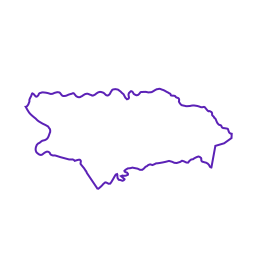 outline of Caffiere, Choiseul, Saint Lucia, rotated 68°
{"feature_id": "8701671B84690280241827", "entity_name": "Caffiere", "entity_type": "district", "adm_level": 2, "iso_a3": "LCA", "parent_name": "Saint Lucia", "parent_adm1": "Choiseul", "projection": "orthographic", "projection_center": [-61.037, 13.785], "detail": "fine", "context": "isolated", "style": "outline", "palette": "violet", "viewbox_px": 256, "rotation_deg": 68, "n_neighbors": 0, "source": "geoboundaries", "source_scale": "gbopen_adm2", "svg_char_len": 5713}
<svg xmlns="http://www.w3.org/2000/svg" viewBox="0 0 256 256"><g transform="rotate(68 128 128)"><path d="M195.9,65.5L177.3,53.7L178.2,44.6L176.1,35.8L172.2,34.0L171.8,34.6L171.7,34.9L171.0,35.4L170.5,35.7L170.1,35.8L169.6,35.9L168.7,35.9L167.5,35.8L167.0,35.8L166.6,35.8L166.2,35.8L165.9,36.1L165.1,37.3L164.8,37.8L164.2,38.8L163.7,39.8L162.7,40.6L162.0,40.7L161.3,40.7L161.0,40.7L160.5,40.8L160.3,41.0L159.9,41.3L159.7,41.7L159.2,42.3L158.6,42.7L156.7,43.3L155.1,43.4L153.5,43.4L152.8,43.4L152.1,43.5L151.4,43.8L150.6,44.3L149.7,44.2L149.5,44.3L148.6,44.8L147.7,45.1L147.4,45.1L146.3,44.7L145.7,44.5L145.0,44.5L144.4,44.7L144.2,44.9L143.0,45.9L142.7,46.4L142.7,46.7L142.7,47.0L142.2,47.4L141.8,47.6L141.1,47.9L139.8,48.3L138.2,48.8L137.7,48.9L137.5,49.1L137.0,49.5L136.8,49.9L136.7,50.4L136.6,51.3L136.4,51.8L136.2,52.2L136.0,52.6L134.8,53.9L133.6,55.4L133.1,56.2L131.8,58.4L131.6,58.9L131.2,60.1L131.0,61.0L130.8,62.3L129.9,65.1L129.4,66.2L128.6,67.2L128.2,67.9L127.8,68.4L127.1,69.5L126.9,69.6L126.4,70.0L126.2,70.1L125.7,70.3L124.4,70.7L122.9,70.9L122.6,70.9L121.6,70.3L121.0,70.0L120.3,69.9L119.8,69.9L119.5,70.0L119.3,70.1L119.0,70.3L118.2,71.2L117.8,71.7L117.1,72.1L116.5,72.2L116.2,72.3L115.9,72.5L115.7,72.7L115.5,73.0L115.0,73.8L114.7,74.6L114.5,75.0L114.1,75.6L114.0,75.8L113.8,75.9L113.7,76.0L112.7,75.9L112.4,76.0L112.2,76.0L111.8,76.2L111.0,77.0L110.2,77.5L109.1,78.5L108.6,78.9L106.9,80.2L105.8,81.3L105.0,82.3L104.0,83.3L103.5,84.0L103.3,84.6L103.2,85.2L103.1,85.8L102.9,86.6L102.8,87.0L102.9,87.6L103.1,89.5L103.2,89.9L103.4,90.6L103.4,91.3L103.6,92.5L103.5,92.9L103.4,93.5L103.2,93.9L102.7,95.7L101.4,97.6L101.0,98.3L100.9,98.8L100.7,99.2L100.5,99.6L100.0,101.2L99.6,102.2L99.5,102.8L99.6,103.2L100.4,104.5L100.9,105.6L101.0,106.1L101.1,106.5L101.0,107.1L100.9,107.4L100.9,107.7L100.3,108.5L99.7,109.0L99.2,109.4L98.8,109.7L98.5,109.9L97.9,110.0L96.8,110.1L96.3,110.3L95.5,110.7L95.3,110.9L95.0,111.4L95.0,111.8L95.5,112.9L95.9,113.9L96.4,114.4L97.0,114.9L97.4,115.1L98.3,115.3L100.2,115.7L100.9,116.3L101.1,117.4L100.9,118.3L100.1,118.5L99.4,118.9L98.9,119.1L97.0,119.3L95.8,119.4L95.0,119.5L93.6,120.3L92.5,120.8L91.2,121.3L90.4,121.9L89.1,122.6L88.8,122.8L88.6,123.1L88.4,123.3L87.3,125.0L87.2,125.3L86.9,126.4L86.7,127.3L86.7,127.6L86.7,128.0L86.8,128.4L87.1,128.9L87.8,129.8L88.2,130.5L89.4,131.8L89.6,132.1L90.0,132.9L90.3,134.2L90.3,134.6L90.2,134.8L89.7,135.6L89.3,136.0L88.5,136.4L87.1,137.0L86.4,137.4L86.0,137.7L84.8,139.1L84.4,139.7L84.2,140.1L84.0,140.5L83.9,141.1L83.8,142.3L83.9,143.0L84.2,144.6L84.5,145.4L84.6,145.6L84.8,147.5L84.8,148.2L84.7,148.6L84.6,148.9L84.4,149.2L84.2,149.2L83.3,150.2L83.1,150.5L82.5,151.1L81.9,151.7L81.1,152.6L80.8,153.3L80.7,154.0L80.5,154.9L80.6,155.6L80.8,157.1L81.0,157.8L81.2,158.7L81.3,160.3L81.4,160.6L81.3,161.4L80.9,162.3L80.6,162.8L79.4,163.9L78.9,164.2L76.0,165.1L75.4,165.4L75.2,165.8L75.1,166.2L75.1,166.6L75.2,167.5L75.0,168.3L74.9,169.6L74.8,170.6L74.9,172.7L74.9,173.1L74.7,174.3L74.2,175.8L73.9,176.3L73.4,176.8L73.0,177.0L71.9,177.4L71.0,177.6L69.8,178.0L69.6,178.1L69.2,178.5L68.4,179.9L68.3,180.2L68.2,180.7L67.9,183.0L68.0,184.9L67.9,185.4L67.9,185.6L67.6,186.5L67.4,187.0L67.2,187.3L65.7,189.1L64.5,190.9L63.2,193.3L62.9,194.0L62.8,194.4L62.7,196.1L62.6,196.7L62.7,197.2L62.9,197.7L63.1,198.0L63.6,198.4L63.8,198.6L64.1,199.0L64.6,200.3L64.7,200.6L64.7,201.0L64.5,201.4L64.1,201.8L63.8,201.9L61.2,202.8L60.7,203.2L60.1,203.6L60.1,203.8L60.1,204.0L61.1,205.0L61.8,205.5L63.6,207.6L64.5,208.5L65.0,208.9L65.4,209.1L66.0,209.2L66.8,209.7L67.4,210.3L68.9,211.7L69.5,212.7L69.9,213.3L70.1,214.2L70.2,214.6L70.1,214.9L73.4,214.5L76.7,213.9L78.7,213.2L81.0,212.1L83.6,210.7L84.4,210.2L87.0,209.1L88.5,208.2L91.9,205.6L94.3,203.4L96.7,201.5L98.4,201.2L99.8,200.8L101.0,201.0L102.6,201.7L103.5,202.6L106.0,204.8L107.1,206.1L107.7,207.2L108.0,208.5L108.1,209.6L107.7,212.3L107.9,213.3L108.6,215.5L108.7,217.1L109.5,218.9L111.3,220.6L113.0,221.6L114.5,222.0L116.1,222.0L116.9,221.7L118.9,220.6L120.1,219.4L120.5,218.2L120.5,217.7L120.4,217.2L120.2,216.5L119.8,215.1L119.6,214.2L119.6,213.6L119.5,213.1L119.5,212.4L119.6,211.9L120.0,211.1L120.5,210.6L120.9,210.3L121.4,210.0L122.2,209.8L123.2,209.8L123.7,209.6L124.8,208.6L125.2,208.1L125.5,207.6L125.9,206.4L126.2,205.9L126.6,205.3L128.0,203.6L129.6,201.7L134.5,195.2L135.1,194.4L135.7,193.0L136.0,192.3L136.2,191.7L136.4,191.1L136.8,190.7L137.2,190.3L137.7,190.0L138.1,189.8L138.5,189.7L138.7,187.4L138.9,185.9L139.1,185.1L139.4,184.6L139.6,184.4L140.2,184.2L140.8,184.1L141.2,184.2L141.7,184.5L143.1,185.3L143.5,185.4L143.9,185.3L144.3,185.2L144.8,185.1L146.3,184.6L146.7,184.5L148.9,183.8L151.5,183.3L151.3,183.6L152.3,183.0L154.2,183.0L173.5,178.9L173.4,178.9L172.9,177.3L172.2,175.2L171.4,173.3L170.6,171.8L169.9,169.5L170.5,168.5L172.4,166.9L172.9,165.3L171.8,163.6L169.6,160.7L167.9,158.6L166.6,156.8L166.6,155.4L167.5,155.4L168.3,155.8L170.4,156.4L172.5,156.0L173.5,154.4L174.8,153.0L174.9,151.8L174.4,150.5L173.9,150.4L173.3,150.8L170.0,152.5L170.0,150.9L170.7,150.0L171.4,147.9L171.3,145.6L170.6,145.2L169.0,145.6L168.2,146.6L167.2,147.4L166.4,147.4L165.8,145.9L165.4,143.3L166.1,141.0L166.4,138.7L167.5,137.1L169.3,134.3L171.3,132.5L172.1,130.4L171.6,128.6L170.5,126.2L170.5,124.9L169.9,123.0L170.0,121.1L171.5,119.2L171.5,117.6L171.3,115.1L171.6,114.5L172.2,112.2L172.9,108.9L173.4,106.1L173.9,102.3L175.8,99.8L177.6,98.1L178.7,96.0L179.0,92.3L178.6,90.2L179.8,88.7L181.9,86.8L182.6,85.2L181.5,83.3L180.9,81.3L181.3,79.2L180.9,77.9L180.7,75.3L180.8,73.4L181.6,72.4L183.2,71.5L184.1,71.6L185.2,72.1L186.3,72.1L187.1,71.7L187.7,70.8L188.5,69.9L189.3,68.7L190.9,67.4L192.8,66.7L194.3,66.6L194.8,66.5L195.9,65.6L195.9,65.5Z" fill="none" stroke="#5b21b6" stroke-width="2"/></g></svg>